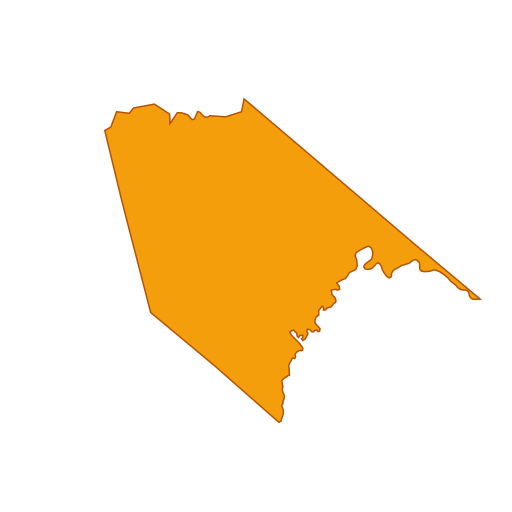 the district of Armstrong, Pennsylvania, United States of America, rotated 130°
{"feature_id": "52423323B60560840330352", "entity_name": "Armstrong", "entity_type": "district", "adm_level": 2, "iso_a3": "USA", "parent_name": "United States of America", "parent_adm1": "Pennsylvania", "projection": "orthographic", "projection_center": [-79.507, 40.848], "detail": "fine", "context": "isolated", "style": "filled", "palette": "amber", "viewbox_px": 512, "rotation_deg": 130, "n_neighbors": 0, "source": "geoboundaries", "source_scale": "gbopen_adm2", "svg_char_len": 3347}
<svg xmlns="http://www.w3.org/2000/svg" viewBox="0 0 512 512"><g transform="rotate(130 256 256)"><path d="M143.3,366.1L154.8,359.8L168.9,368.7L178.3,381.6L178.9,381.6L180.6,382.3L181.6,383.3L182.3,384.7L182.6,386.2L182.4,388.4L182.0,390.1L182.1,391.8L182.6,393.3L183.0,393.5L190.7,391.2L192.7,392.6L191.7,398.9L194.1,405.0L196.9,408.4L209.9,406.9L202.8,413.4L205.0,431.5L221.4,445.0L228.1,444.8L235.1,455.5L250.5,450.1L257.1,452.5L300.1,394.1L309.9,380.4L367.0,300.3L366.7,216.7L368.7,131.5L366.4,130.7L365.3,131.3L360.1,133.3L358.1,134.5L356.4,136.1L356.0,136.9L355.3,138.1L355.0,138.6L354.8,139.0L353.8,140.2L352.6,140.3L351.1,140.9L350.1,141.8L349.4,142.1L347.9,142.6L346.7,143.2L345.6,143.6L344.9,144.3L344.7,144.7L344.4,145.3L344.0,145.9L343.3,147.5L342.2,149.2L341.0,150.3L340.2,150.7L338.6,151.5L338.2,152.4L337.0,153.6L336.0,155.0L335.0,156.0L333.5,156.2L331.8,155.9L330.1,155.4L329.1,154.8L327.2,154.7L326.0,153.7L325.3,154.0L324.9,154.7L322.8,156.5L321.2,157.9L320.1,159.2L319.9,159.7L319.3,160.3L318.2,160.8L316.9,161.2L314.9,161.6L312.6,162.0L311.7,162.5L310.4,162.3L310.1,161.4L309.8,160.7L308.8,160.5L308.0,160.8L307.3,161.5L306.3,162.8L303.8,163.1L300.7,162.2L299.7,161.0L299.2,160.2L298.1,159.8L297.2,160.3L296.3,161.4L295.1,165.7L294.2,174.5L293.7,178.5L292.4,181.3L288.7,179.9L289.0,175.1L290.9,173.1L291.0,171.0L290.0,171.1L288.6,171.3L286.7,169.1L288.6,167.8L290.1,167.9L290.7,165.8L287.9,165.0L284.1,165.8L282.0,166.3L281.6,167.9L280.1,169.3L278.7,169.4L277.7,166.8L278.3,164.8L276.9,163.0L275.6,163.3L273.5,161.9L274.2,160.0L272.6,158.9L270.4,160.4L270.0,164.5L269.0,168.4L264.6,170.8L261.0,169.9L257.5,172.9L254.3,173.0L252.0,173.1L252.3,170.6L254.0,169.7L252.5,168.0L250.8,168.3L246.6,165.8L242.2,165.8L240.3,165.2L238.4,166.4L237.2,168.9L236.7,172.9L233.7,176.4L230.5,173.8L229.6,171.6L227.7,170.5L225.6,172.9L224.7,176.9L219.8,175.2L215.7,173.0L211.6,173.2L208.9,173.9L202.2,170.9L198.5,172.1L194.2,176.4L192.0,180.3L188.7,181.5L181.8,179.0L176.1,176.2L175.7,172.6L178.0,169.0L180.2,167.4L181.8,166.5L184.3,165.5L191.9,167.1L195.0,166.7L195.7,163.9L194.4,161.9L192.6,160.1L191.7,159.7L190.2,159.2L187.9,158.9L184.5,158.9L183.2,158.5L182.7,157.8L182.5,156.1L183.0,154.0L183.6,152.9L184.1,152.3L184.7,151.3L185.3,150.4L185.5,150.0L185.7,149.5L186.0,148.7L186.8,146.1L187.0,145.3L187.1,144.4L187.5,142.8L187.4,140.6L187.0,139.8L185.6,139.1L184.2,139.4L183.1,140.3L181.8,141.1L179.2,141.5L177.5,141.3L175.8,140.6L175.4,140.4L174.6,140.1L174.0,139.8L172.7,139.4L171.5,139.0L170.2,138.7L168.8,137.6L167.5,136.9L165.9,135.9L163.8,134.5L163.0,134.1L161.8,133.7L160.8,133.6L159.7,133.3L158.7,133.1L157.8,132.7L157.2,132.4L156.3,131.4L155.9,130.3L155.9,127.1L156.2,126.5L157.4,125.0L160.1,122.9L161.0,121.4L161.2,119.6L160.7,118.7L160.4,118.1L160.1,117.5L159.8,117.0L159.2,116.3L158.1,115.3L157.4,114.3L155.3,112.6L153.9,111.7L153.1,111.4L152.1,110.4L151.5,109.5L151.2,108.8L150.6,107.1L150.0,105.1L149.7,102.9L149.3,99.0L149.4,97.9L149.4,96.6L149.4,94.7L149.8,92.7L150.2,90.4L150.0,86.6L150.0,84.0L150.5,81.3L150.2,77.8L149.8,77.0L149.4,76.2L148.8,75.5L148.4,74.9L147.4,73.6L146.8,72.2L147.0,70.0L147.4,69.4L148.2,68.4L149.3,66.8L149.6,66.2L149.9,65.5L150.1,63.2L149.6,61.9L148.8,60.9L147.2,59.2L145.5,57.1L144.9,56.5L145.0,143.1L144.3,227.0L143.9,277.4L143.3,366.1Z" fill="#f59e0b" stroke="#b45309" stroke-width="1.5"/></g></svg>